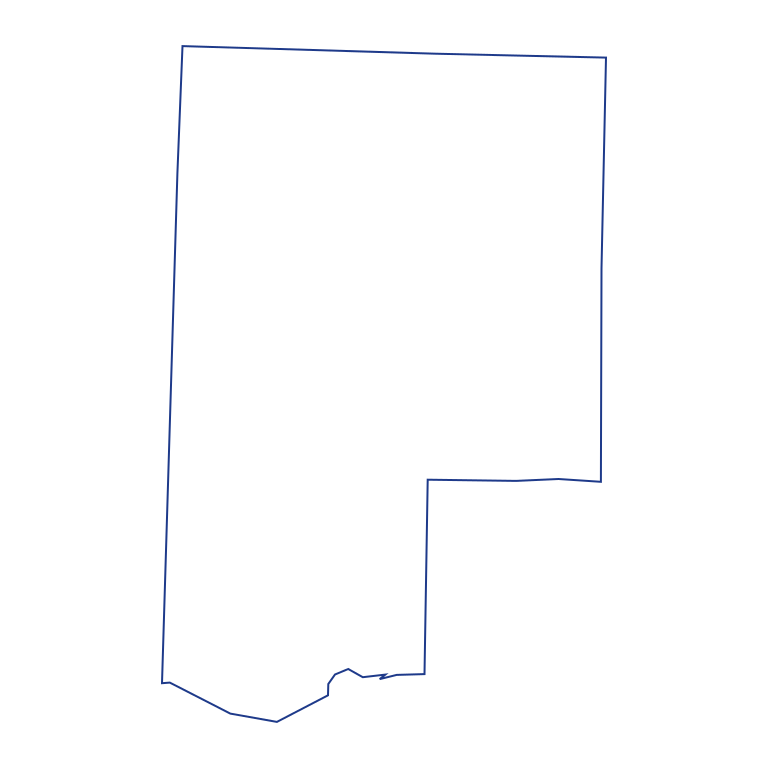 outline of Montgomery, Missouri, United States of America
{"feature_id": "52423323B31191129139810", "entity_name": "Montgomery", "entity_type": "district", "adm_level": 2, "iso_a3": "USA", "parent_name": "United States of America", "parent_adm1": "Missouri", "projection": "natural_earth1", "projection_center": [-91.47, 38.912], "detail": "fine", "context": "isolated", "style": "outline", "palette": "blue", "viewbox_px": 768, "rotation_deg": 0, "n_neighbors": 0, "source": "geoboundaries", "source_scale": "gbopen_adm2", "svg_char_len": 400}
<svg xmlns="http://www.w3.org/2000/svg" viewBox="0 0 768 768"><path d="M177.4,173.3L162.0,683.2L169.8,682.6L230.3,713.6L276.9,721.9L328.0,695.3L328.3,684.0L335.0,674.5L348.2,669.0L362.8,677.2L385.3,674.6L379.7,679.1L396.7,674.9L424.5,674.1L427.7,479.7L516.1,480.9L558.5,479.0L600.9,481.8L601.5,268.4L606.0,57.6L435.4,53.7L182.5,46.1L177.4,173.3Z" fill="none" stroke="#1e3a8a" stroke-width="2"/></svg>